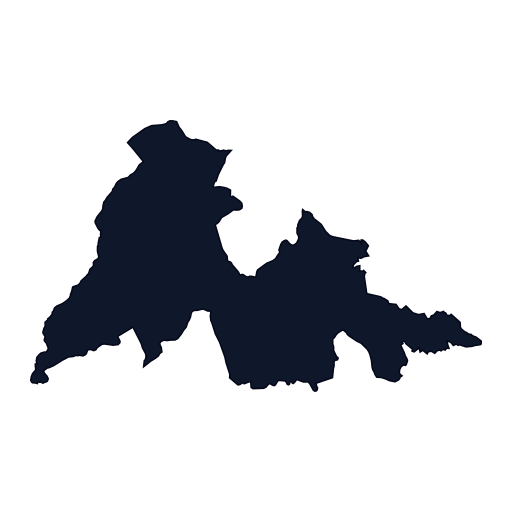 Zongozotla, Puebla, Mexico, rotated 180°
{"feature_id": "50627088B26732857587675", "entity_name": "Zongozotla", "entity_type": "district", "adm_level": 2, "iso_a3": "MEX", "parent_name": "Mexico", "parent_adm1": "Puebla", "projection": "natural_earth1", "projection_center": [-97.765, 19.971], "detail": "fine", "context": "isolated", "style": "filled", "palette": "ink", "viewbox_px": 512, "rotation_deg": 180, "n_neighbors": 0, "source": "geoboundaries", "source_scale": "gbopen_adm2", "svg_char_len": 6111}
<svg xmlns="http://www.w3.org/2000/svg" viewBox="0 0 512 512"><g transform="rotate(180 256 256)"><path d="M30.7,170.9L35.7,174.8L39.6,176.3L40.6,177.5L42.3,177.7L44.1,178.4L45.6,179.6L47.3,180.3L50.5,183.0L51.5,184.6L51.9,189.7L60.9,197.7L61.9,196.5L64.5,196.6L64.9,196.7L66.3,199.0L67.5,199.5L68.5,200.6L71.9,199.4L75.1,200.5L78.1,197.1L80.5,196.2L81.3,195.2L82.1,193.3L84.6,193.3L85.2,193.9L87.9,198.5L93.5,197.4L99.1,199.2L106.0,206.1L110.4,202.3L113.1,203.4L115.9,207.6L123.2,208.4L124.2,211.2L128.2,213.7L129.5,213.6L129.4,214.0L131.2,215.2L145.2,218.4L147.7,235.6L147.2,238.3L146.2,239.5L148.4,241.6L149.2,240.8L152.2,241.1L152.2,246.3L155.6,245.6L157.3,244.1L159.1,245.2L158.4,247.3L154.9,250.9L154.6,250.6L153.5,250.8L154.2,254.3L151.0,253.7L147.8,255.3L143.3,256.1L145.7,260.0L146.5,260.4L143.6,266.2L146.8,270.2L149.4,272.1L151.0,271.9L150.5,268.3L153.3,271.7L158.4,271.1L178.8,275.2L182.1,276.4L186.4,280.7L190.8,287.7L198.2,293.5L198.6,294.6L199.4,295.1L199.8,297.2L200.7,298.2L202.5,299.7L205.0,300.4L206.8,300.3L209.3,302.5L209.7,300.7L209.4,296.3L209.7,295.0L210.3,293.7L212.5,291.5L214.3,286.9L214.1,286.0L214.2,285.2L215.0,284.2L215.0,278.8L213.4,275.7L213.3,274.2L213.4,273.1L215.4,268.9L218.1,267.0L220.0,266.8L222.2,268.2L224.9,271.3L226.0,271.9L227.8,271.3L229.9,269.9L231.2,267.6L233.1,262.0L232.5,260.9L232.5,259.2L234.5,256.6L236.4,253.4L239.2,251.3L245.4,248.7L254.4,242.1L255.2,240.2L256.0,235.8L256.5,234.8L260.4,235.7L262.2,235.8L263.2,235.2L264.7,235.1L266.0,235.5L269.2,237.6L272.3,237.0L272.6,238.1L273.8,240.3L279.8,247.3L280.6,249.1L281.6,250.0L284.2,250.9L284.5,251.6L284.9,255.9L288.4,260.9L289.8,263.4L296.8,287.4L294.8,288.5L292.9,290.3L290.4,294.5L283.8,298.3L278.7,302.1L274.7,301.9L272.3,302.3L270.1,303.8L269.7,305.8L270.2,308.8L272.3,311.0L279.0,315.8L279.3,315.0L280.3,315.0L281.6,316.1L281.5,321.9L284.9,323.7L287.7,324.5L292.5,325.3L298.3,324.7L298.8,325.6L297.5,330.0L295.9,330.9L293.6,337.6L289.1,346.7L287.3,349.6L286.7,353.7L285.8,356.0L280.7,361.6L284.1,361.7L285.7,361.1L288.7,361.9L289.2,361.4L290.4,361.4L291.4,361.1L292.9,361.4L293.6,362.0L295.8,362.0L304.7,369.7L316.3,372.8L317.5,372.2L319.0,372.1L321.4,372.5L325.8,374.8L326.8,375.8L330.2,381.4L332.9,384.8L335.4,390.4L339.5,391.2L342.2,391.2L344.2,390.1L345.8,388.3L350.0,387.2L360.4,386.4L367.2,383.4L379.6,374.6L384.5,369.4L379.3,363.6L368.6,350.4L372.7,347.2L375.7,342.0L377.4,339.9L378.8,338.6L381.7,337.0L383.8,334.6L390.9,332.7L394.2,330.4L395.8,328.4L397.4,324.9L399.3,322.8L399.3,321.8L399.9,320.4L404.9,314.7L406.8,311.5L408.2,309.9L409.0,306.2L409.2,303.5L410.1,301.2L414.8,295.4L417.0,290.8L416.6,288.8L414.0,283.7L412.7,282.0L411.1,280.8L411.5,277.8L411.1,275.4L412.7,274.4L413.8,268.9L413.8,267.1L414.5,265.7L414.6,261.0L413.3,255.5L413.6,253.8L415.9,252.1L417.2,251.6L418.2,250.2L418.7,249.3L418.5,247.4L418.9,245.7L422.1,242.7L423.4,238.4L424.7,237.3L425.9,235.6L430.8,231.3L431.8,229.2L433.8,227.0L439.1,225.2L439.6,224.2L439.8,222.6L440.9,218.9L441.5,217.9L441.5,216.5L442.6,214.0L445.4,211.3L449.6,208.4L455.1,206.0L457.5,204.1L458.6,200.9L459.7,199.9L459.9,197.8L462.0,195.1L464.3,193.1L464.4,192.0L467.0,189.7L466.8,186.9L466.9,185.8L468.1,183.6L469.1,179.9L468.8,178.4L467.2,176.0L466.9,174.8L467.6,173.1L467.7,171.3L465.7,168.9L463.7,163.8L464.2,162.2L465.8,159.9L467.5,160.0L470.9,159.0L472.8,157.5L475.1,154.7L475.8,151.0L474.9,148.1L475.8,148.3L476.8,147.9L476.3,142.1L479.5,138.3L480.6,135.5L481.3,131.7L480.5,130.0L479.5,129.2L476.6,129.0L474.7,128.4L474.3,129.3L473.6,129.8L470.7,129.8L469.3,128.8L465.0,130.5L464.4,131.2L463.8,133.4L465.2,136.2L466.7,137.7L468.4,140.2L467.8,141.7L464.9,143.9L462.7,144.4L458.3,146.4L449.6,151.8L443.5,155.0L438.8,155.5L436.0,156.6L434.2,156.3L432.6,156.7L428.9,156.1L426.9,157.1L425.7,158.3L424.4,161.9L422.5,162.5L420.3,162.2L418.3,161.3L416.1,162.2L414.8,164.4L410.0,167.7L407.6,168.0L398.8,166.8L393.9,167.4L392.0,169.4L392.1,171.1L394.4,175.6L379.1,184.8L370.8,168.5L369.5,164.1L366.5,158.5L366.0,156.2L366.2,154.0L366.7,152.4L367.7,151.4L368.4,145.2L361.2,150.9L357.1,153.4L353.6,156.0L352.4,158.4L350.1,160.0L350.7,164.5L351.7,166.4L352.2,168.2L351.9,169.4L351.0,170.4L349.6,171.2L347.7,171.8L344.9,171.4L341.7,171.9L337.0,172.0L334.3,173.4L330.8,177.8L328.3,181.9L325.8,184.9L324.3,189.6L322.7,192.1L321.5,194.9L320.9,198.2L320.0,200.4L317.6,201.6L314.9,201.6L310.0,202.8L308.5,202.8L304.1,200.9L301.7,201.0L301.2,199.0L301.7,196.0L301.2,191.6L300.1,189.1L296.6,178.1L292.4,169.8L287.2,155.2L285.9,149.3L282.2,137.6L282.4,134.2L274.1,127.1L272.5,127.3L268.8,129.4L267.9,128.2L262.8,130.2L261.6,130.1L261.2,129.2L260.9,124.6L259.0,123.3L248.3,123.7L246.1,124.8L243.1,128.3L241.7,128.1L238.8,126.5L237.5,126.4L236.7,127.0L234.4,130.7L233.3,131.6L227.1,131.1L225.8,129.9L224.7,127.6L223.4,127.2L222.6,127.7L221.6,130.7L220.7,130.8L219.7,128.9L218.9,128.5L217.7,129.3L215.3,132.4L214.8,132.3L208.6,130.0L203.9,130.1L202.2,128.2L198.6,121.7L197.1,120.8L195.6,121.1L194.7,122.3L194.5,124.5L195.0,124.8L196.0,128.7L179.5,134.3L178.6,143.3L177.9,146.2L178.0,150.1L177.0,151.8L174.8,152.0L173.9,153.3L174.1,154.5L175.4,155.3L178.3,161.4L178.4,165.6L179.2,167.7L179.3,172.7L177.4,174.7L175.7,177.4L173.9,179.2L169.7,181.8L168.6,181.8L165.6,179.4L164.9,177.9L163.5,176.4L155.3,170.9L150.8,168.7L144.7,162.7L143.1,160.0L142.0,157.2L140.6,151.7L139.8,144.2L139.0,141.9L137.8,139.8L137.1,137.7L135.3,134.8L130.6,134.5L125.6,132.8L122.8,131.4L117.0,130.2L113.5,132.0L112.4,133.3L111.9,134.8L109.9,136.2L111.9,137.7L112.5,138.8L112.6,140.3L112.2,142.7L111.0,145.1L109.7,146.2L108.2,147.0L106.5,146.6L105.8,147.2L104.6,150.8L104.5,151.7L105.3,153.7L106.8,156.3L107.6,159.0L111.3,166.9L109.1,168.4L110.2,169.8L107.5,170.8L106.0,168.2L99.3,162.6L100.0,161.3L99.9,160.8L97.9,160.1L92.9,164.0L91.9,159.9L89.3,161.7L84.8,158.1L83.6,160.3L80.6,160.7L77.2,158.7L74.7,161.3L72.3,161.9L71.0,161.1L69.1,162.6L66.7,161.9L65.4,163.8L63.0,163.6L64.3,167.5L64.8,171.1L61.3,169.7L58.7,166.5L55.8,167.9L53.8,166.6L53.1,167.2L52.2,167.1L46.0,165.1L40.3,165.6L36.6,166.6L31.6,167.3L30.8,168.1L30.7,170.9Z" fill="#0f172a" stroke="#020617" stroke-width="1.5"/></g></svg>